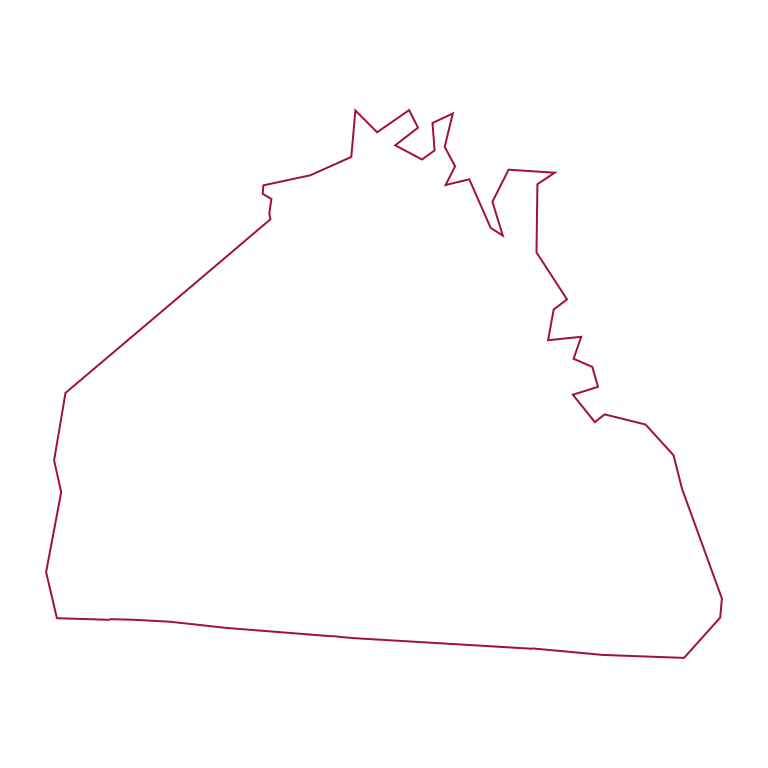 Allen, Kentucky, United States of America (Albers equal-area conic projection)
{"feature_id": "52423323B44643882159526", "entity_name": "Allen", "entity_type": "district", "adm_level": 2, "iso_a3": "USA", "parent_name": "United States of America", "parent_adm1": "Kentucky", "projection": "albers", "projection_center": [-86.16, 36.781], "detail": "fine", "context": "isolated", "style": "outline", "palette": "rose", "viewbox_px": 768, "rotation_deg": 0, "n_neighbors": 0, "source": "geoboundaries", "source_scale": "gbopen_adm2", "svg_char_len": 938}
<svg xmlns="http://www.w3.org/2000/svg" viewBox="0 0 768 768"><path d="M684.0,657.9L720.2,617.6L721.9,598.5L682.1,489.0L673.5,455.2L645.5,424.5L604.6,414.4L594.8,422.1L572.9,394.7L598.0,386.8L592.3,366.9L573.6,358.8L581.2,336.8L548.1,340.2L553.7,309.5L567.0,299.4L536.5,252.4L537.4,184.2L554.7,172.7L508.6,169.7L492.4,201.8L502.8,235.6L490.7,228.0L469.3,179.3L445.6,185.0L455.1,166.3L444.7,146.9L452.8,113.5L432.5,123.0L434.6,150.4L422.0,159.5L395.2,145.3L418.0,127.7L409.1,110.1L377.1,132.3L355.4,110.5L351.3,156.9L310.3,175.3L263.4,185.3L262.7,193.9L271.4,199.0L269.3,213.6L270.4,219.3L253.4,233.7L173.3,301.7L65.5,392.9L54.1,460.4L61.2,492.2L46.1,572.1L56.9,618.2L109.3,619.8L111.0,619.2L132.2,619.7L169.7,621.7L226.8,628.0L329.3,636.1L333.7,636.2L337.6,636.6L337.9,636.7L353.3,638.1L354.2,638.1L364.7,638.8L531.2,648.7L533.0,648.5L593.9,654.1L601.5,654.8L602.0,654.9L684.0,657.9Z" fill="none" stroke="#9f1239" stroke-width="2"/></svg>